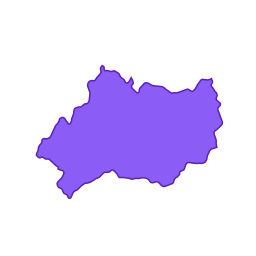 outline of Bonao, Monseñor Nouel, Dominican Republic, rotated 250°
{"feature_id": "3306468B55753848240652", "entity_name": "Bonao", "entity_type": "district", "adm_level": 2, "iso_a3": "DOM", "parent_name": "Dominican Republic", "parent_adm1": "Monseñor Nouel", "projection": "orthographic", "projection_center": [-70.443, 18.942], "detail": "fine", "context": "isolated", "style": "filled", "palette": "violet", "viewbox_px": 256, "rotation_deg": 250, "n_neighbors": 0, "source": "geoboundaries", "source_scale": "gbopen_adm2", "svg_char_len": 5793}
<svg xmlns="http://www.w3.org/2000/svg" viewBox="0 0 256 256"><g transform="rotate(250 128 128)"><path d="M90.7,78.2L91.1,79.1L91.3,79.8L91.4,80.9L91.5,83.2L91.6,84.3L91.9,85.0L93.9,89.0L94.2,90.0L94.2,91.1L94.1,91.7L93.9,92.4L93.2,93.8L93.1,94.8L93.1,95.5L93.2,96.1L94.0,98.0L94.0,98.6L93.8,99.2L93.4,99.6L91.6,100.7L90.1,101.3L88.6,102.0L87.7,102.2L85.4,102.5L84.8,102.7L84.4,103.1L84.1,103.7L83.7,105.2L82.9,106.9L82.2,108.4L81.4,109.8L80.7,111.4L79.1,113.3L78.6,114.3L78.3,115.3L78.0,118.1L77.8,118.7L77.1,120.1L76.9,120.8L76.5,123.9L76.3,124.6L74.9,127.6L73.9,128.7L72.8,129.6L71.9,130.0L69.9,130.4L69.3,130.7L68.8,131.1L68.3,131.9L68.1,132.6L68.0,133.3L67.9,135.9L67.8,136.6L67.5,137.2L67.0,137.6L65.5,138.5L63.4,139.4L61.8,140.3L61.1,140.9L60.8,141.5L60.6,142.5L60.5,143.6L60.6,149.5L60.6,150.6L60.9,151.5L61.3,152.0L62.3,152.7L63.1,153.4L63.9,154.1L64.3,154.7L64.8,155.7L65.2,157.7L65.5,158.3L66.7,160.4L67.2,160.8L68.7,161.4L69.1,161.9L69.3,162.8L69.5,165.6L69.7,166.3L69.9,166.5L70.3,167.0L72.0,168.2L73.4,169.4L74.4,170.5L74.9,171.5L75.0,172.2L75.0,172.5L74.8,173.2L73.6,175.7L72.6,177.4L72.1,178.7L71.3,180.1L71.1,180.7L70.5,183.0L69.7,184.7L69.5,185.4L69.4,186.1L69.3,187.2L69.4,187.9L69.5,188.6L69.8,189.3L70.2,189.9L70.7,190.4L71.5,191.2L72.1,191.6L74.0,192.5L75.1,193.4L78.1,196.3L78.8,197.1L79.2,197.7L79.6,198.7L79.7,200.2L79.6,202.7L79.5,203.8L79.4,204.8L80.8,205.1L83.6,205.6L85.6,206.5L86.4,206.6L87.9,206.8L92.7,206.8L93.8,207.0L94.4,207.3L95.2,208.0L95.5,208.5L95.7,209.1L96.1,210.8L96.3,211.4L97.0,212.9L97.5,214.1L98.9,217.0L99.3,217.6L99.8,218.0L100.3,218.4L101.4,218.7L102.6,218.7L113.1,218.7L114.2,218.7L115.0,218.8L115.6,219.1L116.1,219.5L117.9,222.5L118.4,222.9L119.0,223.1L119.6,223.1L120.1,222.9L120.6,222.7L121.4,222.0L123.0,221.4L123.7,220.9L124.2,220.7L124.8,220.7L125.4,220.9L125.9,221.2L127.3,222.3L127.8,222.7L128.5,223.0L129.5,223.1L130.5,223.1L131.2,222.9L133.0,222.1L136.0,221.6L136.7,221.4L138.1,220.8L139.0,220.7L139.7,220.8L140.2,221.1L140.8,221.7L141.5,222.6L141.7,222.8L142.2,223.1L142.8,223.2L143.9,223.3L145.9,223.2L145.7,221.2L145.7,220.1L145.9,219.4L146.1,218.8L146.9,217.4L147.4,216.1L148.2,214.8L148.3,214.2L148.3,213.8L148.2,213.2L147.7,212.2L146.2,210.3L145.4,208.8L145.0,208.2L144.2,207.3L142.4,205.3L141.7,204.4L141.3,203.8L140.5,202.1L140.4,201.6L140.4,201.3L140.6,200.7L140.9,200.1L141.9,199.2L143.5,198.2L143.9,197.7L144.1,197.1L144.2,196.4L144.2,195.2L144.2,188.6L144.2,186.3L144.5,185.2L145.3,183.5L145.7,181.5L146.1,180.6L146.5,180.1L147.0,179.7L148.7,178.8L151.3,176.8L153.2,175.9L154.0,175.3L154.8,174.5L155.7,173.3L156.2,172.1L157.1,170.4L157.6,169.1L158.4,167.7L159.3,165.9L160.0,165.0L160.7,164.3L161.6,163.6L162.9,162.8L163.2,162.3L164.0,161.0L164.4,160.2L164.5,159.5L164.5,159.2L164.3,158.5L163.6,157.2L163.0,155.9L162.2,154.5L161.5,153.0L161.1,152.5L160.4,151.9L158.9,151.2L158.2,150.7L157.8,150.2L157.6,149.6L157.7,149.0L157.8,148.7L158.3,148.3L160.3,147.2L161.6,146.7L163.3,145.7L164.2,145.5L165.1,145.3L165.7,145.4L166.4,145.9L167.0,146.6L167.7,147.6L168.0,148.0L168.3,148.2L168.9,148.4L169.9,148.6L171.3,148.6L172.7,148.4L174.2,148.2L171.3,145.0L170.8,144.1L170.6,143.4L170.6,142.7L170.7,142.1L171.0,141.6L171.3,141.4L171.8,141.2L173.8,141.0L174.8,140.8L175.7,140.3L177.4,139.0L178.4,138.5L179.0,138.4L181.1,138.2L181.8,138.1L182.5,137.8L183.1,137.4L186.0,135.2L186.4,134.7L186.6,134.1L186.8,132.1L187.0,131.1L187.6,130.2L189.0,128.2L189.3,127.6L189.7,126.1L190.0,125.7L190.6,125.5L191.1,125.5L192.6,126.2L193.6,126.2L194.4,125.9L195.5,125.1L194.7,124.1L194.0,123.1L193.6,122.7L193.3,122.5L192.7,122.3L190.8,122.1L189.8,121.8L189.0,121.3L188.4,120.6L187.7,119.1L186.9,117.7L186.3,116.4L185.9,115.8L184.6,114.1L184.1,113.2L184.0,112.9L184.0,112.2L184.2,111.6L184.8,110.6L185.0,110.0L185.1,108.9L185.1,108.2L184.9,107.5L184.6,106.9L184.2,106.3L183.4,105.5L182.8,105.1L182.2,104.7L181.1,104.5L180.0,104.4L175.4,104.4L174.3,104.3L173.6,104.1L171.9,103.3L170.6,102.7L169.2,101.9L167.4,101.1L166.2,100.1L165.3,99.0L165.0,98.4L164.9,97.7L165.0,97.1L165.4,95.8L165.4,95.3L164.0,91.7L163.9,91.2L164.0,90.6L164.5,89.2L164.7,87.8L164.7,85.7L164.6,85.1L164.4,84.5L164.2,84.2L163.8,83.8L161.9,82.7L160.4,82.0L159.8,81.6L156.3,78.6L155.7,78.2L154.5,77.6L153.6,77.0L152.8,76.3L152.3,75.8L151.9,75.3L151.7,74.7L151.8,74.0L152.0,73.8L152.5,73.4L154.2,73.0L156.3,72.2L158.4,71.9L159.0,71.6L159.7,71.0L160.3,70.3L160.5,69.7L160.3,67.9L159.9,66.8L158.3,65.6L157.1,64.4L156.3,63.3L155.4,61.5L154.6,60.4L152.9,58.7L147.3,53.2L146.6,52.4L146.0,51.5L145.7,50.6L145.6,49.9L145.6,49.0L145.7,48.0L145.8,47.4L146.1,46.8L146.7,45.7L146.8,45.2L146.8,44.4L146.6,43.8L146.4,43.5L145.8,42.9L144.3,42.2L143.6,41.6L143.0,40.9L142.4,39.7L142.1,39.1L141.4,38.4L140.7,37.6L139.9,37.0L138.4,36.3L137.9,35.9L137.1,35.3L135.2,33.4L134.3,32.8L133.9,32.7L133.2,32.8L131.1,33.8L130.4,34.4L130.2,34.9L130.1,35.1L130.3,36.5L130.0,37.3L129.7,37.8L129.0,38.5L127.1,39.9L126.7,40.6L126.3,42.2L125.9,42.8L125.3,43.4L122.1,45.1L120.8,45.6L119.1,46.5L117.9,47.1L117.4,47.4L115.9,48.6L115.4,48.9L114.9,49.0L114.6,49.0L114.1,48.7L113.4,48.2L111.6,50.1L111.0,50.9L110.3,52.0L110.1,52.2L109.6,52.5L108.9,52.6L108.3,52.5L107.6,52.3L107.0,52.0L106.2,51.3L104.9,50.0L104.0,48.9L103.4,48.0L102.9,46.8L102.1,45.3L101.3,43.6L100.9,43.1L100.4,42.6L99.8,42.3L99.1,42.2L98.0,42.1L97.3,42.2L96.6,42.3L96.0,42.5L95.7,42.7L95.0,43.3L94.1,44.4L93.7,44.8L92.8,45.0L90.0,45.2L89.0,45.3L88.4,45.6L87.9,46.0L87.5,46.4L86.8,47.3L86.3,47.7L85.4,47.9L83.2,48.1L82.6,48.3L82.1,48.7L81.8,49.2L81.8,49.5L81.8,49.8L82.1,50.4L82.7,51.2L85.4,53.7L86.2,54.6L86.7,55.5L86.9,56.2L87.2,58.6L87.4,59.7L88.2,61.4L88.8,62.6L89.5,64.1L89.8,64.7L90.2,66.7L90.7,68.1L90.8,68.6L90.7,69.2L90.2,70.6L90.1,71.2L90.0,72.3L90.0,74.5L90.4,76.0L90.7,78.2Z" fill="#8b5cf6" stroke="#5b21b6" stroke-width="1.5"/></g></svg>